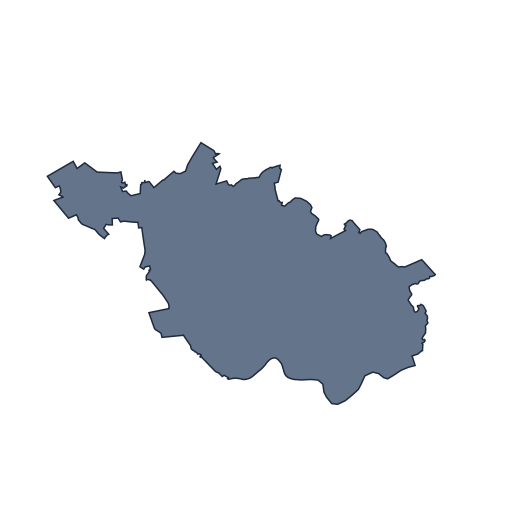 outline of Deva, Hunedoara, Romania, rotated 149°
{"feature_id": "2599482B46544097516710", "entity_name": "Deva", "entity_type": "district", "adm_level": 2, "iso_a3": "ROU", "parent_name": "Romania", "parent_adm1": "Hunedoara", "projection": "albers", "projection_center": [22.901, 45.856], "detail": "fine", "context": "isolated", "style": "filled", "palette": "slate", "viewbox_px": 512, "rotation_deg": 149, "n_neighbors": 0, "source": "geoboundaries", "source_scale": "gbopen_adm2", "svg_char_len": 6050}
<svg xmlns="http://www.w3.org/2000/svg" viewBox="0 0 512 512"><g transform="rotate(149 256 256)"><path d="M196.8,323.1L197.1,323.6L197.6,324.5L200.6,324.6L203.4,324.8L205.1,324.6L206.7,324.6L209.3,323.8L210.4,323.4L210.9,322.9L212.7,321.9L217.6,324.0L222.1,326.4L224.0,326.8L225.0,327.6L228.5,329.0L233.4,328.4L236.0,328.3L237.4,327.6L238.9,327.3L239.8,327.6L240.4,329.6L242.2,330.3L242.9,331.5L242.5,335.5L253.2,338.2L241.2,348.9L240.7,351.5L245.3,350.7L245.6,357.8L241.0,356.5L241.4,358.4L241.5,358.3L242.0,362.3L235.0,362.6L236.5,363.9L238.1,364.2L237.8,367.8L244.8,381.5L260.1,373.6L267.6,369.4L272.6,365.0L278.5,365.6L281.9,368.1L282.7,370.9L296.2,368.6L296.8,369.1L308.3,367.2L309.3,374.7L310.0,375.3L312.9,375.9L313.2,376.2L312.5,377.7L312.6,377.8L313.6,376.4L316.1,377.7L317.0,376.5L318.0,376.7L323.1,369.2L332.1,372.0L333.4,375.6L333.8,378.6L337.1,380.0L336.4,384.8L334.8,382.5L330.5,382.7L329.9,383.7L331.1,384.2L330.4,386.8L332.8,387.2L333.3,388.5L331.3,390.0L328.5,397.7L332.0,398.6L348.9,409.7L354.8,424.0L364.3,423.2L363.9,431.3L393.8,431.8L392.8,417.9L388.6,417.4L388.7,415.7L390.0,411.9L390.9,411.0L392.0,410.5L393.5,410.0L391.1,406.3L391.1,405.9L400.7,407.7L397.2,384.9L388.7,383.8L388.7,380.8L389.5,378.9L389.6,378.3L388.9,373.4L387.6,371.3L386.4,369.8L384.3,366.9L382.5,364.2L380.9,362.4L380.6,361.9L380.2,360.4L379.8,357.6L379.4,355.4L378.4,352.7L376.9,349.0L376.5,349.2L376.0,349.5L372.7,350.7L371.0,350.5L372.4,358.1L368.2,360.3L365.8,358.2L363.1,356.6L360.0,362.2L354.6,359.5L354.6,355.0L351.4,354.0L344.4,348.7L343.2,347.9L339.9,345.6L342.1,340.5L339.3,339.2L344.7,326.4L348.1,318.1L350.6,314.7L361.0,306.6L359.0,302.5L356.7,303.7L352.4,302.3L353.3,299.0L354.4,299.1L355.0,298.9L355.2,298.6L355.2,298.0L355.0,297.8L360.2,295.5L361.2,294.0L362.1,292.5L362.3,291.9L361.8,292.0L361.1,291.7L360.1,291.0L359.3,289.9L358.8,289.0L358.7,289.1L357.8,283.3L356.4,273.3L356.1,272.2L355.8,268.7L355.5,260.5L356.4,257.8L357.8,255.8L377.0,262.6L380.3,246.5L380.3,245.6L380.0,244.4L379.9,244.4L377.4,239.3L377.3,238.4L377.6,237.3L378.5,234.7L359.0,225.4L358.9,225.4L359.0,225.0L358.3,212.7L359.1,210.6L359.3,209.5L358.6,207.6L358.0,207.0L357.7,205.5L357.2,204.8L356.6,203.8L356.4,201.7L355.6,201.7L354.9,201.2L354.0,199.5L354.2,199.0L355.5,198.9L355.9,198.4L355.5,197.6L354.8,197.6L350.3,178.1L349.5,176.7L348.1,174.8L347.0,170.1L344.7,170.1L342.4,166.0L343.5,165.5L343.1,164.5L340.8,163.7L338.6,162.9L335.7,161.4L333.6,159.6L332.4,158.6L331.0,157.1L329.6,156.1L327.8,155.4L326.0,154.8L323.8,154.5L321.5,154.5L319.1,154.9L313.1,155.9L310.7,156.2L308.2,156.7L304.3,157.9L302.0,158.9L300.0,159.5L297.9,160.1L296.1,160.1L294.2,159.8L292.8,159.2L291.6,158.3L291.0,157.4L290.6,156.3L290.3,155.3L290.1,154.0L289.8,152.4L289.7,150.3L290.1,147.9L290.7,146.0L291.0,144.4L291.6,142.6L291.9,140.9L292.1,139.3L291.9,137.6L291.5,136.2L290.6,134.7L289.8,133.5L288.9,132.6L288.1,131.7L287.1,130.7L285.4,129.5L283.1,127.9L281.0,126.4L277.4,124.5L275.3,123.4L273.1,122.2L272.0,121.5L266.8,117.8L264.7,111.8L267.9,104.2L268.2,98.6L267.1,90.5L262.3,86.8L254.0,86.0L245.5,87.2L237.0,88.9L231.2,92.5L224.4,97.2L215.7,96.3L211.4,92.0L209.2,85.9L206.4,82.9L199.5,82.9L190.4,83.3L182.6,82.1L176.0,80.2L173.7,89.9L167.7,88.6L163.8,89.3L163.0,89.2L162.4,89.2L162.0,89.1L161.8,89.3L161.2,90.4L159.9,92.3L158.6,94.1L158.5,94.3L158.4,94.6L158.4,94.8L158.7,95.3L158.8,95.6L158.6,95.8L158.1,95.9L157.7,95.8L156.8,95.7L155.9,95.7L155.3,96.0L154.8,96.3L154.7,96.5L154.5,96.9L154.4,97.3L154.5,97.6L154.7,97.8L155.4,98.1L156.1,98.3L156.3,98.4L156.4,98.7L156.4,99.1L156.0,99.7L155.6,100.1L154.2,101.0L150.9,102.5L150.2,102.9L150.3,103.1L149.7,103.8L148.7,105.1L147.6,106.9L147.3,107.9L147.2,108.3L147.0,108.5L146.5,108.9L145.0,109.5L143.8,109.7L143.5,109.9L143.3,110.0L143.1,110.3L143.0,110.5L142.7,112.7L142.4,113.1L141.5,113.7L140.8,114.8L140.3,115.7L140.2,116.1L140.1,116.3L140.1,117.0L140.2,117.6L140.5,119.2L140.6,119.6L140.5,119.9L140.3,120.1L139.2,120.5L138.7,120.9L138.5,121.4L138.2,126.4L138.3,127.6L139.6,129.7L141.3,129.1L141.7,129.5L143.0,130.2L143.4,130.0L143.6,128.8L143.5,126.8L146.0,125.5L146.7,125.4L147.9,125.6L148.6,126.0L148.7,126.9L148.5,128.7L147.8,130.2L147.5,131.0L147.5,131.7L147.7,132.5L147.9,133.3L148.1,134.3L148.2,135.8L148.2,136.8L148.3,139.3L148.1,140.1L147.6,140.4L145.7,141.3L143.4,142.2L142.4,142.7L142.2,143.0L142.1,143.7L142.1,146.4L141.8,148.1L140.7,150.7L137.5,151.1L133.6,150.4L133.4,150.0L133.2,149.8L133.0,149.6L132.8,149.3L131.9,148.9L131.6,148.8L131.3,148.8L131.0,148.9L130.8,149.0L130.6,149.1L129.7,149.6L128.9,149.9L128.6,150.0L128.2,150.0L127.7,150.0L127.1,149.8L126.6,149.6L126.2,149.4L125.7,149.1L125.4,148.9L125.1,148.8L124.6,148.6L124.3,148.6L123.9,148.4L123.1,148.4L122.2,148.6L121.8,148.6L120.0,147.7L119.3,147.6L119.0,147.6L118.8,147.7L118.5,147.8L118.3,148.1L117.9,148.8L117.7,149.0L117.0,148.6L116.5,148.3L116.1,148.1L115.3,147.8L114.7,147.7L114.3,147.6L114.1,147.5L113.4,147.5L113.2,147.5L112.5,147.7L112.1,147.6L111.5,148.0L111.3,148.1L112.0,148.1L115.8,167.5L134.5,170.0L135.1,170.8L136.9,172.1L139.2,172.9L140.4,175.1L140.9,177.1L143.0,182.4L142.5,186.6L142.5,189.0L142.5,190.6L143.3,192.0L142.3,193.8L140.8,196.0L139.2,197.2L138.4,200.5L138.3,203.7L139.5,208.1L139.2,208.7L139.8,212.0L139.7,213.2L139.9,214.4L141.6,217.6L142.1,218.4L142.9,219.3L146.2,221.2L153.0,222.5L155.1,221.8L155.8,223.1L153.4,225.0L155.3,235.4L155.3,236.6L156.9,238.4L159.1,238.6L161.1,237.9L163.9,237.8L163.9,237.0L163.2,236.0L166.8,233.6L166.1,231.7L183.1,232.6L181.2,234.5L181.8,235.9L185.0,238.3L187.1,239.1L189.9,239.1L192.3,243.0L192.7,244.2L192.3,245.5L192.2,246.6L189.7,250.3L186.6,252.6L183.9,254.4L183.5,254.9L183.4,255.7L184.8,260.5L186.4,263.7L186.3,266.2L183.2,268.6L182.9,271.8L184.4,276.8L188.0,282.4L192.6,285.6L196.2,285.3L198.7,284.6L200.7,284.9L204.1,284.3L205.7,283.9L207.9,286.2L205.9,288.4L207.5,289.1L207.7,291.5L208.7,291.8L205.0,304.2L204.3,304.9L202.9,309.0L199.0,307.9L189.7,317.1L190.5,318.9L188.6,321.4L191.8,322.3L195.5,323.1L196.1,323.4L196.8,323.1Z" fill="#64748b" stroke="#1e293b" stroke-width="1.5"/></g></svg>